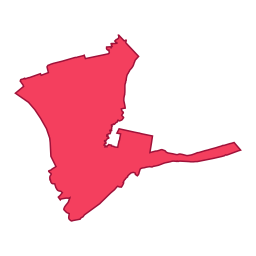 the district of Maruntei, Olt, Romania
{"feature_id": "2599482B42187195394507", "entity_name": "Maruntei", "entity_type": "district", "adm_level": 2, "iso_a3": "ROU", "parent_name": "Romania", "parent_adm1": "Olt", "projection": "orthographic", "projection_center": [24.493, 44.238], "detail": "fine", "context": "isolated", "style": "filled", "palette": "rose", "viewbox_px": 256, "rotation_deg": 0, "n_neighbors": 0, "source": "geoboundaries", "source_scale": "gbopen_adm2", "svg_char_len": 5675}
<svg xmlns="http://www.w3.org/2000/svg" viewBox="0 0 256 256"><path d="M240.6,150.1L234.1,142.5L231.5,143.3L230.0,143.6L224.4,145.3L222.5,145.5L221.6,146.0L218.5,146.9L216.0,147.7L210.5,149.2L207.8,150.0L204.9,150.7L198.9,152.5L197.3,152.7L195.2,153.6L191.5,154.9L188.7,155.4L187.0,155.6L186.4,155.5L182.2,154.4L180.0,154.0L179.2,154.0L178.3,154.4L177.6,154.6L176.3,154.6L172.4,153.7L171.1,153.5L169.5,153.2L168.6,153.1L167.4,152.7L166.3,152.2L165.5,151.2L165.1,150.8L163.9,150.3L161.9,149.6L160.7,149.8L159.1,150.4L158.9,150.4L157.4,150.9L156.0,151.1L155.4,151.1L149.9,152.6L151.5,142.8L152.5,136.0L141.8,133.8L139.9,133.3L139.4,133.1L139.1,133.1L134.6,132.2L119.1,128.8L118.9,129.3L116.9,133.1L120.6,133.9L120.1,136.7L119.9,137.5L119.7,139.0L119.4,140.5L119.3,140.8L118.9,141.1L118.9,141.7L118.2,144.7L117.7,147.3L115.6,147.1L114.1,146.8L113.9,146.4L111.5,146.0L111.5,145.2L108.8,144.6L108.8,145.0L108.7,145.2L107.1,145.6L107.1,146.7L105.0,146.8L105.2,146.3L105.1,145.4L104.6,145.2L104.1,145.1L104.2,144.7L104.3,144.2L104.6,144.0L104.8,143.6L105.1,143.3L105.5,143.5L105.8,143.5L106.0,143.3L105.9,142.4L105.5,141.9L105.0,141.7L104.6,141.3L104.5,141.2L104.5,140.8L104.7,140.6L105.2,140.6L105.5,140.8L105.5,141.0L105.9,140.8L106.2,140.1L106.9,139.4L107.2,138.8L107.7,138.4L108.6,138.3L108.8,138.0L108.8,137.6L108.6,137.3L108.0,136.8L107.5,136.5L106.8,136.4L106.7,136.2L106.7,135.8L107.0,135.7L107.7,135.9L107.9,135.8L107.8,135.5L107.0,135.0L107.0,134.7L108.1,134.2L108.6,133.8L109.2,133.7L109.7,133.7L110.0,133.7L110.4,133.0L110.6,132.6L110.2,131.2L109.8,130.5L110.0,130.2L110.3,130.2L111.0,130.6L111.1,130.9L111.5,130.8L111.7,130.4L111.7,130.1L111.3,129.6L111.3,129.4L111.7,128.5L111.6,127.7L111.8,126.9L112.0,126.7L112.1,126.3L111.6,126.1L111.4,125.0L111.6,124.8L112.7,124.8L113.0,124.7L113.2,124.4L113.2,124.1L113.5,123.9L113.8,124.0L114.2,124.3L114.5,124.2L116.2,122.4L116.8,122.3L117.1,122.1L117.4,121.6L117.8,120.2L118.3,120.2L118.9,120.8L119.2,120.9L120.1,120.7L121.7,120.0L122.3,119.5L123.3,118.0L123.6,117.7L123.5,117.3L121.9,115.6L121.7,115.3L122.2,114.3L122.5,114.0L122.8,113.5L123.2,113.1L123.3,112.9L123.3,112.3L123.1,112.0L122.7,112.0L122.4,111.8L122.4,111.4L122.1,111.1L121.7,110.4L121.6,110.1L121.6,109.5L121.3,109.1L121.3,108.9L122.8,108.5L125.2,108.1L125.1,107.2L124.8,105.3L123.8,100.6L123.9,98.1L124.2,96.4L124.5,94.9L124.7,94.7L124.6,94.0L124.8,93.2L124.9,90.8L124.9,86.0L125.0,84.4L125.4,83.2L125.7,82.1L125.7,81.3L126.2,80.2L126.3,78.5L126.9,75.5L127.0,75.4L127.4,74.3L128.1,73.4L128.5,72.5L129.3,71.2L130.0,69.8L131.4,68.4L132.8,66.4L133.5,64.9L134.1,63.0L134.8,61.4L135.1,60.3L138.6,56.4L127.1,44.2L125.9,42.8L125.8,42.5L125.7,42.2L126.2,40.9L126.2,40.5L126.2,40.2L125.9,40.1L124.6,40.7L124.4,40.8L124.0,40.7L118.7,35.1L118.4,35.2L118.7,35.8L118.8,36.6L118.7,37.5L118.6,38.0L117.4,39.1L117.0,39.3L116.3,39.5L115.9,39.9L115.2,40.7L114.8,41.0L116.2,42.8L117.3,42.2L117.2,42.3L116.3,42.9L116.6,43.3L115.2,43.5L112.9,43.5L111.7,43.5L111.2,43.6L111.3,43.9L112.0,44.3L111.9,44.6L111.6,44.6L111.4,44.8L111.8,45.2L111.8,45.3L111.5,45.4L111.5,45.7L111.7,46.3L112.0,46.6L111.8,46.7L111.4,46.8L111.2,47.3L111.0,47.7L110.3,46.8L106.6,47.0L106.5,48.4L106.8,49.2L107.6,50.0L108.1,50.1L108.8,50.0L109.3,52.8L109.1,53.1L108.3,53.8L104.6,54.6L85.4,58.6L84.2,55.2L83.6,55.5L83.3,55.7L83.1,55.7L77.4,57.1L76.3,57.5L75.6,57.4L74.6,57.6L62.2,61.2L53.3,63.4L50.3,64.4L49.5,64.9L48.6,65.1L48.2,65.2L47.8,65.6L47.0,66.9L48.4,72.6L41.2,75.3L40.4,73.7L29.1,77.7L28.5,77.7L25.1,78.9L24.9,78.3L24.7,78.2L22.8,79.1L22.3,79.2L22.0,79.2L21.6,79.3L20.7,79.7L20.6,79.9L20.6,80.1L20.2,81.1L20.3,81.2L20.8,81.7L21.3,82.6L22.9,84.7L23.6,86.4L15.4,93.2L28.5,102.3L34.8,109.6L40.6,118.3L46.5,128.7L49.7,138.1L50.2,142.5L50.9,156.3L56.0,166.6L52.1,169.0L50.8,170.1L49.0,170.7L48.7,171.0L48.7,171.3L49.1,171.8L49.4,172.2L50.0,172.6L50.4,173.1L51.0,173.4L51.2,173.8L51.2,174.4L50.3,175.7L49.9,176.7L49.8,177.5L49.9,179.1L50.1,178.9L50.3,179.4L50.5,180.3L50.7,181.2L50.7,181.4L50.8,181.9L51.2,182.5L51.7,183.2L52.2,183.5L52.8,183.7L53.2,183.8L53.9,183.7L54.5,183.8L54.8,183.9L55.1,185.2L55.3,185.6L55.8,187.4L57.0,189.5L57.5,190.1L58.0,190.5L58.6,190.8L59.8,191.1L60.8,191.2L62.0,192.4L62.3,192.6L60.9,194.5L59.9,195.7L58.3,197.1L58.4,197.3L60.3,199.9L60.9,199.1L61.5,198.9L66.1,198.1L68.7,198.2L69.2,198.1L69.9,197.7L69.7,198.6L69.1,199.7L68.5,201.6L67.9,202.7L65.7,205.4L64.6,207.0L64.1,208.2L63.8,209.1L63.9,209.7L66.2,212.1L67.0,212.7L69.2,213.6L68.7,217.3L68.8,218.2L69.1,219.1L69.8,219.7L70.3,220.3L71.3,220.9L72.0,220.9L72.7,220.6L80.1,219.2L80.6,218.3L81.1,217.9L81.6,217.5L83.1,216.7L83.9,215.5L84.4,214.9L84.6,214.7L99.7,203.7L101.9,201.5L104.9,198.6L107.5,196.0L110.6,193.0L111.9,191.9L112.0,191.8L114.5,189.7L116.6,187.2L117.5,186.3L117.8,186.3L119.2,186.9L121.4,187.1L122.4,185.6L123.5,183.4L123.6,182.9L123.6,182.5L123.6,182.2L123.3,182.2L124.4,180.0L125.2,179.3L125.6,178.6L125.9,178.2L127.4,177.0L127.7,176.7L127.6,176.3L127.7,175.9L129.6,174.1L131.1,172.9L132.0,172.6L133.6,172.4L135.0,173.0L135.3,173.2L135.4,173.9L135.3,174.2L135.5,174.5L137.3,175.8L138.1,175.0L138.9,173.6L139.0,172.8L140.0,169.6L140.4,168.8L140.9,168.5L142.3,168.0L144.5,167.7L146.6,167.1L146.8,167.1L148.6,166.8L149.2,166.8L149.5,166.6L151.1,166.9L152.3,166.9L153.7,166.2L154.3,166.2L158.4,165.3L163.6,163.3L164.8,162.9L170.1,161.8L171.8,161.3L172.9,161.1L175.1,161.2L176.4,161.4L176.7,161.4L177.1,161.0L178.0,161.5L178.8,161.2L180.1,161.1L189.2,161.6L190.8,161.8L193.0,161.8L193.4,161.8L195.4,161.6L197.2,161.6L212.8,158.5L221.6,156.5L224.2,155.8L224.7,155.6L225.2,155.1L225.3,155.0L225.8,154.8L226.5,155.1L227.3,154.9L238.4,150.8L240.6,150.1Z" fill="#f43f5e" stroke="#9f1239" stroke-width="1.5"/></svg>